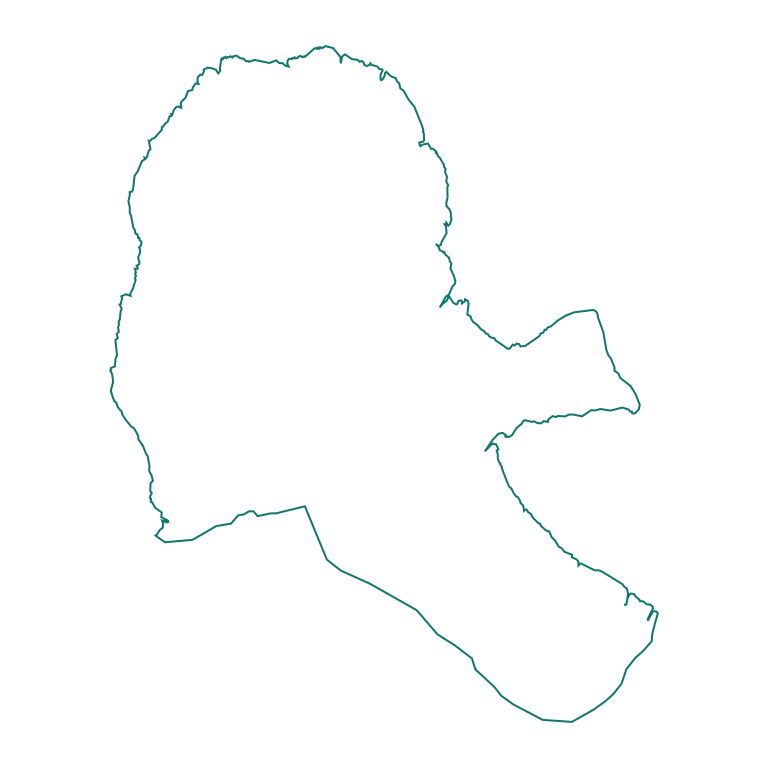 outline of North Erromango, Tafea, Vanuatu
{"feature_id": "77236927B15473640252363", "entity_name": "North Erromango", "entity_type": "district", "adm_level": 2, "iso_a3": "VUT", "parent_name": "Vanuatu", "parent_adm1": "Tafea", "projection": "equal_earth", "projection_center": [169.132, -18.762], "detail": "fine", "context": "isolated", "style": "outline", "palette": "teal", "viewbox_px": 768, "rotation_deg": 0, "n_neighbors": 0, "source": "geoboundaries", "source_scale": "gbopen_adm2", "svg_char_len": 6017}
<svg xmlns="http://www.w3.org/2000/svg" viewBox="0 0 768 768"><path d="M657.8,613.3L656.6,611.7L654.2,611.1L652.7,611.8L647.7,620.8L648.0,618.5L653.0,608.3L652.7,606.7L650.1,604.5L646.9,604.4L642.9,601.3L639.7,601.1L639.5,599.7L635.4,596.3L634.2,594.3L631.3,593.5L629.6,594.4L627.3,598.8L626.4,604.6L624.1,604.9L626.4,604.2L628.1,593.6L626.9,588.5L624.5,587.0L622.6,584.3L602.0,571.6L598.5,570.2L594.8,570.4L581.4,563.7L580.2,563.6L578.5,565.5L578.3,561.3L576.5,559.4L571.8,557.2L572.0,554.7L564.4,551.8L562.0,548.5L558.8,546.8L555.2,540.8L551.5,536.9L549.2,531.3L546.5,530.8L540.5,525.5L540.2,523.7L538.5,523.3L533.0,517.8L530.7,513.7L528.2,512.3L526.9,509.9L525.2,509.5L524.0,510.8L523.2,505.6L520.6,503.0L519.8,500.2L517.5,496.8L516.3,496.6L514.1,493.7L511.4,488.5L509.1,486.5L506.6,480.7L501.7,467.7L502.0,466.8L500.1,464.3L500.3,463.3L499.1,462.2L497.8,458.8L497.8,454.4L496.7,450.5L498.3,449.5L498.2,448.6L495.9,444.1L494.4,444.4L493.0,443.5L491.4,444.4L484.9,451.4L492.5,440.0L498.3,433.9L502.5,432.8L506.2,435.3L505.3,436.4L505.8,436.9L509.3,436.8L512.2,435.0L516.5,428.0L521.4,424.1L523.6,420.7L524.8,420.3L532.2,421.9L534.1,421.3L537.4,423.1L541.1,423.3L543.7,421.1L548.0,421.9L548.5,419.3L552.5,416.1L555.9,417.0L557.9,416.0L565.2,416.4L568.7,414.7L573.0,414.5L582.1,416.3L591.3,410.1L595.2,410.5L600.4,409.0L610.4,410.6L622.3,407.6L628.7,409.5L630.2,411.6L631.9,411.6L632.1,413.1L633.6,413.7L635.4,413.0L639.0,409.0L639.7,404.5L635.4,393.7L630.7,386.2L620.3,378.0L618.3,373.4L614.5,370.8L614.5,367.4L610.9,358.5L608.3,355.1L606.4,350.0L603.3,332.0L598.1,317.8L597.4,313.6L596.1,311.6L593.3,309.9L573.8,312.4L565.6,315.7L558.0,320.4L551.0,326.3L547.9,327.4L545.9,330.0L544.7,329.8L543.1,332.8L540.9,333.4L539.1,336.3L525.1,346.0L520.5,346.4L519.1,344.1L516.7,343.5L514.6,345.6L512.7,344.6L509.8,348.5L508.0,348.9L495.6,340.4L494.2,338.0L491.8,337.8L489.0,336.2L488.0,334.2L485.6,333.3L484.2,331.2L480.8,329.1L477.4,325.0L473.1,321.9L470.8,318.1L470.7,316.5L467.3,314.5L468.6,303.5L467.6,300.6L465.0,299.5L465.0,301.0L462.0,303.4L461.6,300.6L459.5,300.5L458.4,301.1L457.3,303.9L456.1,304.5L453.2,302.6L448.9,296.0L446.9,300.5L442.8,303.6L439.8,307.5L445.8,296.7L448.9,294.6L452.3,286.8L455.0,283.6L455.4,281.4L453.8,275.8L450.4,268.4L451.4,263.7L449.9,261.3L449.0,257.7L444.9,254.1L444.5,252.2L443.1,252.4L442.5,251.2L439.8,250.3L438.7,247.0L435.8,243.9L438.4,246.0L440.8,245.0L441.6,242.0L446.6,233.0L445.9,226.1L444.5,224.2L445.9,224.1L446.3,222.6L448.2,225.7L450.1,223.7L451.5,218.9L450.8,216.9L450.9,212.9L449.3,209.1L446.6,206.2L446.3,202.7L447.6,197.2L447.3,187.6L448.1,185.4L446.2,181.0L447.0,176.7L445.0,171.8L445.6,168.6L444.2,167.3L444.1,165.2L440.4,158.7L437.5,155.3L436.9,153.0L435.9,152.8L436.2,151.6L432.9,148.7L431.1,148.8L427.8,143.5L422.6,144.6L420.4,146.2L419.7,145.4L419.3,142.5L422.7,141.8L424.0,140.5L423.9,133.6L423.1,132.2L423.4,130.2L421.7,124.9L414.3,106.6L408.8,99.9L403.8,91.1L400.3,88.3L399.1,83.1L397.0,81.5L395.8,78.2L390.9,76.3L386.4,71.8L385.2,72.7L384.4,76.3L382.6,79.4L381.1,80.1L380.5,79.1L380.6,74.4L382.6,70.6L382.3,69.4L379.2,68.9L377.4,66.5L372.0,65.0L370.3,63.3L369.6,64.8L367.0,66.1L364.3,64.8L363.6,62.3L361.6,61.0L359.6,61.8L357.6,59.8L351.9,59.1L345.1,54.4L342.2,56.4L340.7,63.4L340.5,57.2L333.2,48.1L325.5,46.1L322.3,48.1L320.1,47.2L319.6,48.8L318.5,48.8L317.8,47.6L316.7,48.8L315.8,48.0L314.5,48.4L304.9,56.8L304.3,56.2L302.5,57.3L300.3,55.8L298.2,56.8L297.5,58.1L295.1,58.4L294.6,57.4L293.5,58.4L292.3,58.0L291.6,59.1L288.9,58.9L287.8,60.4L287.3,63.7L288.6,66.6L285.4,65.7L282.4,63.1L279.4,63.1L276.2,60.4L269.4,63.0L254.6,59.9L249.2,61.8L248.0,60.9L246.1,61.4L243.9,59.0L240.0,58.0L236.4,55.6L233.4,56.2L232.4,57.6L230.4,56.2L228.7,57.4L227.5,56.9L226.5,58.2L225.2,56.9L224.3,57.9L223.3,57.6L222.8,59.2L221.4,58.7L219.9,68.5L220.3,70.7L218.3,73.4L215.7,69.5L211.1,68.1L207.7,67.7L203.7,69.6L204.0,71.4L202.2,75.0L200.3,74.5L197.8,77.3L197.4,81.3L198.5,84.0L195.5,83.5L192.8,87.5L192.2,90.1L188.1,91.0L185.5,97.8L181.6,101.5L180.7,103.8L181.2,107.9L177.8,106.4L176.0,107.2L173.5,110.6L172.6,113.8L171.2,114.0L172.0,115.2L171.6,115.8L169.7,116.2L167.8,121.5L164.4,124.4L163.4,126.4L162.2,126.6L161.6,128.1L161.9,129.7L154.6,137.9L151.8,139.0L149.8,141.1L148.8,140.8L150.5,149.3L148.7,150.9L146.9,157.1L146.2,158.0L144.4,157.5L145.0,159.2L142.0,161.0L137.8,171.1L134.6,175.8L133.1,188.9L132.2,191.4L129.6,192.2L129.9,194.5L128.4,201.5L129.7,206.8L129.8,213.2L131.0,215.5L133.2,227.1L135.0,230.5L135.4,233.5L137.2,234.1L138.3,238.0L139.3,237.8L139.7,240.0L141.5,242.0L141.0,245.4L139.0,247.6L139.7,248.4L140.2,252.2L138.1,257.7L139.5,262.8L138.9,264.5L136.7,265.7L137.7,267.6L137.4,268.9L134.8,268.7L135.9,272.6L135.1,273.7L136.0,276.1L134.9,278.1L135.6,280.0L133.0,288.3L130.2,294.0L130.6,295.8L125.9,294.3L121.3,296.3L122.1,298.2L121.5,300.8L120.7,304.1L119.5,304.5L121.7,308.4L120.6,311.6L119.9,318.9L118.6,322.2L119.0,324.6L118.1,327.2L118.8,331.8L116.7,334.2L117.9,337.9L115.4,340.1L117.0,355.4L115.5,358.8L114.9,366.4L110.9,368.1L110.9,369.8L110.2,370.2L112.2,374.4L113.1,381.9L110.8,390.6L112.7,397.1L114.4,401.0L116.4,402.9L117.8,407.1L121.8,411.9L122.1,414.1L125.3,419.2L131.1,426.5L134.0,428.3L136.1,431.8L138.2,435.9L138.4,439.3L142.9,445.7L146.1,453.9L147.7,456.1L149.5,466.0L149.1,470.7L151.5,475.4L152.9,480.6L150.5,483.4L150.3,491.3L151.8,493.0L150.1,496.3L150.2,498.4L151.1,498.8L150.7,501.9L152.2,502.3L154.9,507.5L161.7,512.5L161.3,517.1L168.1,520.7L168.2,521.8L166.1,521.3L167.6,522.8L162.0,520.5L163.1,523.5L162.8,527.7L159.7,530.1L156.7,534.8L155.5,535.4L156.2,536.1L165.0,542.3L192.6,539.8L216.2,526.1L231.0,523.6L238.1,515.4L243.8,514.4L249.0,511.3L253.5,511.3L257.6,516.1L270.6,513.4L276.3,513.3L304.9,506.3L326.9,559.6L340.8,570.6L370.1,583.8L416.7,610.2L437.4,634.3L454.7,645.3L471.9,658.4L475.4,669.4L494.4,687.0L501.3,695.8L513.4,704.5L542.7,719.9L571.9,721.9L593.8,709.5L605.2,701.3L613.4,694.0L621.5,683.7L626.4,669.2L635.3,657.9L643.5,650.6L651.6,641.3L652.4,633.1L657.8,613.3Z" fill="none" stroke="#0f766e" stroke-width="2"/></svg>